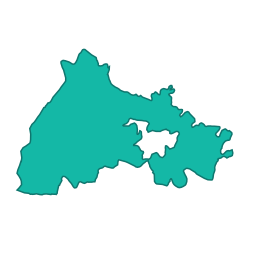 Fayyum, Al Fayyum, Egypt (Albers equal-area conic projection), rotated 185°
{"feature_id": "37247803B48268032297871", "entity_name": "Fayyum", "entity_type": "district", "adm_level": 2, "iso_a3": "EGY", "parent_name": "Egypt", "parent_adm1": "Al Fayyum", "projection": "albers", "projection_center": [30.865, 29.3], "detail": "fine", "context": "isolated", "style": "filled", "palette": "teal", "viewbox_px": 256, "rotation_deg": 185, "n_neighbors": 0, "source": "geoboundaries", "source_scale": "gbopen_adm2", "svg_char_len": 5763}
<svg xmlns="http://www.w3.org/2000/svg" viewBox="0 0 256 256"><g transform="rotate(185 128 128)"><path d="M32.8,115.9L32.7,117.3L32.3,119.4L31.4,121.4L29.8,123.5L27.5,124.5L26.4,124.6L25.5,125.3L25.1,127.4L23.9,130.8L24.1,132.1L24.5,132.6L26.8,134.2L27.8,133.8L28.8,134.1L30.7,135.5L31.7,135.3L34.1,133.8L35.5,130.1L36.1,127.6L37.2,127.0L38.6,127.3L40.1,128.9L40.0,130.3L37.3,133.8L36.4,136.0L36.6,137.0L37.2,137.3L42.2,137.3L44.7,137.1L45.9,137.2L48.7,136.9L49.8,136.4L51.0,136.4L51.5,136.7L52.3,137.8L53.7,138.8L55.1,139.4L55.6,139.4L57.0,138.5L57.8,136.6L60.1,136.7L60.9,136.4L63.0,134.5L64.0,134.3L64.9,136.1L64.6,137.4L63.8,138.4L61.9,140.1L62.3,142.4L62.5,143.1L67.8,147.7L68.8,149.0L69.3,149.3L70.3,149.5L72.4,148.4L75.0,145.0L76.4,143.8L77.6,145.1L77.3,146.3L75.7,148.0L75.3,149.5L75.3,150.5L75.5,151.0L76.2,151.1L79.0,150.8L79.5,151.0L81.1,152.9L82.4,153.4L84.6,153.3L85.4,153.6L86.1,154.1L87.1,155.3L86.8,157.0L87.2,159.3L87.2,161.8L87.5,162.5L88.2,163.1L89.7,164.1L90.3,165.2L88.5,166.3L87.2,166.5L86.5,166.8L85.4,167.9L84.9,169.7L85.5,170.7L86.0,170.8L86.6,170.8L88.4,169.9L89.3,169.7L89.3,170.7L87.4,172.4L88.1,174.1L89.1,174.1L90.2,173.3L90.7,172.8L90.8,171.8L91.3,170.5L92.2,169.8L92.9,169.8L95.1,170.3L96.2,170.3L97.9,169.4L98.4,168.9L99.0,167.4L98.9,165.3L99.3,163.9L100.0,163.9L101.0,164.4L102.2,165.5L103.6,166.3L104.1,166.1L105.0,164.7L107.0,164.0L107.4,163.3L107.6,161.8L106.6,159.4L106.6,158.0L107.1,157.4L108.2,157.5L109.6,158.1L116.3,160.0L118.2,161.5L119.6,160.4L121.1,160.7L121.6,161.0L121.8,161.5L123.0,162.3L123.5,161.8L125.8,161.1L128.0,161.6L131.0,163.5L132.0,163.8L134.7,163.6L136.8,164.2L139.0,164.9L139.7,165.6L141.9,166.8L144.1,167.6L147.1,169.3L148.8,170.7L150.2,173.5L150.9,174.5L152.6,179.4L153.1,179.5L151.8,184.4L151.9,187.4L153.0,186.3L153.3,186.5L153.7,188.8L154.4,189.8L155.6,189.9L157.4,189.3L158.9,187.9L160.8,187.4L162.5,187.5L163.2,188.3L163.2,189.6L164.1,191.3L164.3,192.1L165.0,192.7L165.9,195.4L170.7,197.7L177.7,202.4L178.8,202.5L180.1,201.9L181.6,198.8L182.7,197.9L183.3,196.7L184.6,191.6L185.5,189.3L186.7,187.3L188.0,186.8L189.0,186.9L192.4,188.6L196.3,189.5L198.2,189.7L199.0,189.5L200.4,188.4L200.5,187.9L200.4,186.8L198.7,182.6L197.2,180.2L194.4,172.5L194.2,169.3L196.1,166.1L198.0,163.2L199.6,160.2L205.3,152.2L207.0,148.2L208.1,146.6L210.0,145.9L211.0,144.0L212.1,142.6L212.4,141.4L213.6,141.0L217.1,133.7L218.8,131.1L220.4,128.1L221.8,125.7L224.0,123.2L225.8,118.9L224.4,113.5L224.0,107.7L224.2,105.1L224.6,104.2L228.4,100.9L230.8,99.2L232.7,95.5L231.2,89.1L231.4,85.5L231.7,85.6L232.7,81.2L234.1,76.5L234.6,73.2L232.4,70.6L230.5,67.8L229.6,65.7L229.1,62.2L231.2,58.9L233.1,56.5L225.5,54.4L221.1,54.3L219.6,53.5L218.3,53.7L217.1,53.6L215.8,53.9L215.0,54.0L213.7,54.5L209.8,54.0L208.4,54.0L207.2,54.2L206.6,54.7L203.7,55.2L200.3,55.1L199.9,55.0L198.9,55.0L198.5,55.5L195.3,55.6L194.5,55.8L193.8,55.5L192.9,56.8L192.9,58.3L192.0,64.7L191.2,65.0L190.9,66.2L189.3,69.9L189.9,71.5L189.4,73.0L188.8,74.0L188.0,74.2L186.7,74.1L186.0,73.8L183.4,71.9L182.0,70.1L179.5,67.7L177.4,64.8L176.2,63.7L174.7,63.9L173.9,64.7L172.2,69.6L171.1,70.3L170.3,70.2L167.9,69.3L166.4,69.1L163.8,70.7L162.7,70.6L159.5,70.9L156.9,71.6L156.4,71.5L156.1,72.5L156.0,73.8L154.7,76.3L154.2,80.0L153.6,80.8L154.1,82.6L154.0,83.5L152.9,85.0L149.8,86.2L148.5,87.6L147.5,88.0L145.3,87.4L140.5,86.7L139.2,86.9L138.7,87.3L138.1,88.1L135.1,90.4L135.1,93.5L134.8,94.8L134.3,95.5L127.5,94.3L125.0,93.5L117.7,90.6L117.2,90.1L115.2,89.7L113.2,90.3L112.4,90.8L111.6,91.5L109.9,93.7L108.0,95.4L107.2,96.4L105.9,96.9L105.0,96.7L103.9,94.2L103.4,93.4L102.8,91.4L100.7,88.4L99.7,87.7L99.2,87.1L99.2,86.4L99.5,85.9L98.6,84.8L98.3,84.8L97.8,84.4L96.9,77.0L95.5,75.3L94.5,74.8L88.8,74.8L84.3,73.8L83.8,74.2L82.9,75.9L82.8,77.0L81.5,78.7L81.7,79.7L81.0,81.1L80.6,81.2L80.3,81.1L78.3,77.0L77.4,75.9L76.6,75.2L75.4,74.4L72.9,73.2L71.5,73.1L69.7,73.6L67.8,74.7L66.0,76.1L65.5,76.8L64.8,79.6L64.9,82.4L65.1,82.9L65.8,84.4L67.5,87.0L69.0,89.9L68.7,91.0L66.6,92.8L65.7,93.0L63.1,92.7L57.0,89.6L56.0,88.5L55.1,87.9L47.5,84.5L43.9,83.4L40.4,83.5L39.5,83.8L39.0,85.6L38.8,89.6L37.9,92.9L37.8,94.1L38.2,96.2L38.0,97.7L37.6,99.4L37.3,99.7L37.0,101.0L36.5,102.1L35.7,102.9L35.3,104.2L35.8,104.6L35.3,105.4L32.9,106.2L32.2,106.7L31.7,107.3L30.8,107.9L29.6,108.1L27.6,107.3L27.1,106.8L26.6,106.9L24.5,108.4L23.3,108.6L21.7,109.7L21.4,112.2L22.4,115.3L25.0,114.0L26.2,114.2L27.8,113.6L30.4,110.5L31.5,110.0L32.2,110.1L33.4,111.1L33.8,113.6L33.5,114.7L33.0,115.8L32.8,115.9ZM111.1,98.8L111.1,100.4L111.5,102.2L110.4,104.8L110.8,105.9L112.3,106.2L113.3,106.7L115.9,110.5L117.8,111.3L120.8,111.1L120.8,112.0L119.0,113.4L117.4,115.3L114.0,118.2L113.6,119.1L113.4,120.4L114.0,122.4L114.4,125.3L115.3,126.1L116.0,126.3L116.7,123.6L117.5,122.6L118.2,122.6L118.5,123.4L118.5,127.0L119.4,131.0L120.7,132.7L122.0,133.5L125.6,131.9L126.9,130.4L127.4,130.0L132.8,129.7L133.2,130.2L132.5,131.0L129.9,132.4L129.3,133.1L128.2,134.6L127.8,136.5L127.3,137.3L126.1,137.9L123.1,137.1L121.6,137.2L121.1,136.9L119.6,136.6L114.7,136.7L112.8,136.5L110.7,136.5L109.0,135.9L107.3,134.5L107.3,134.1L108.7,131.3L109.1,129.8L109.1,127.8L108.2,126.9L107.5,125.6L103.4,127.7L99.9,127.1L95.6,127.4L94.0,128.5L92.0,129.4L91.2,129.7L90.4,129.8L90.0,130.2L89.2,129.6L86.2,128.6L85.8,126.3L84.6,126.0L83.0,126.7L79.7,128.8L77.9,128.8L76.9,127.9L76.4,126.6L77.0,125.2L77.6,124.4L78.2,122.4L77.8,119.7L79.6,115.2L80.3,112.7L81.8,112.0L82.1,111.7L84.6,110.7L87.2,113.1L88.3,113.6L89.0,113.4L89.1,111.4L88.9,111.3L88.7,109.9L88.8,106.5L88.4,105.3L89.2,103.6L90.6,101.9L91.1,101.6L91.6,101.6L93.4,102.0L95.1,103.6L95.3,104.1L96.3,105.2L97.4,105.9L98.0,105.8L101.8,103.9L102.8,100.4L103.4,99.5L104.9,98.3L105.2,98.8L107.6,98.7L110.4,98.0L111.1,98.8Z" fill="#14b8a6" stroke="#0f766e" stroke-width="1.5"/></g></svg>